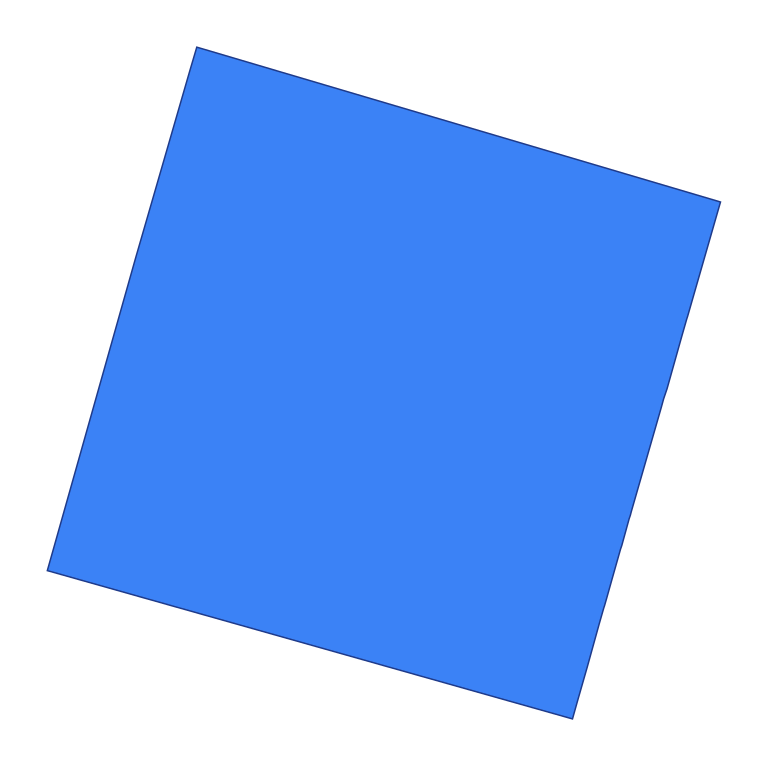 the district of Phillips, Kansas, United States of America, rotated 106°
{"feature_id": "52423323B79305915428191", "entity_name": "Phillips", "entity_type": "district", "adm_level": 2, "iso_a3": "USA", "parent_name": "United States of America", "parent_adm1": "Kansas", "projection": "orthographic", "projection_center": [-99.306, 39.785], "detail": "fine", "context": "isolated", "style": "filled", "palette": "blue", "viewbox_px": 768, "rotation_deg": 106, "n_neighbors": 0, "source": "geoboundaries", "source_scale": "gbopen_adm2", "svg_char_len": 519}
<svg xmlns="http://www.w3.org/2000/svg" viewBox="0 0 768 768"><g transform="rotate(106 384 384)"><path d="M654.0,110.5L636.1,110.6L609.2,110.6L600.0,110.6L555.0,111.0L546.2,111.0L538.5,111.0L536.6,110.9L528.2,110.9L510.1,111.0L477.4,111.1L473.9,110.9L446.0,111.2L442.4,111.0L438.6,111.1L330.0,111.0L321.1,111.1L310.6,110.6L255.6,110.9L243.3,110.9L239.2,110.9L238.0,110.9L235.3,110.8L116.3,110.7L111.8,656.8L136.8,657.0L330.1,657.5L656.2,656.2L654.0,110.5Z" fill="#3b82f6" stroke="#1e3a8a" stroke-width="1.5"/></g></svg>